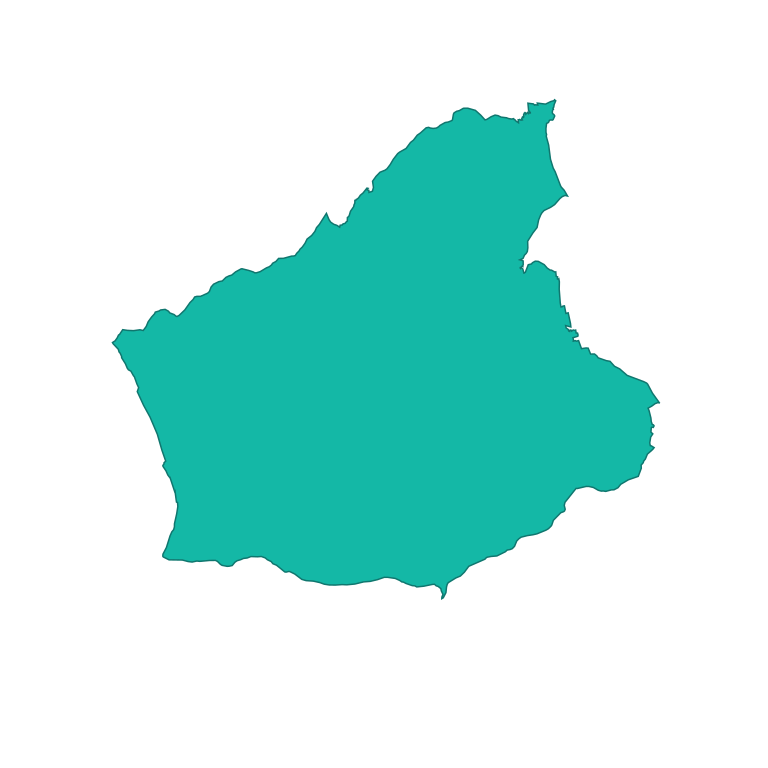 Bustuchin, Gorj, Romania (Robinson projection), rotated 66°
{"feature_id": "2599482B71517510314542", "entity_name": "Bustuchin", "entity_type": "district", "adm_level": 2, "iso_a3": "ROU", "parent_name": "Romania", "parent_adm1": "Gorj", "projection": "robinson", "projection_center": [23.713, 44.971], "detail": "fine", "context": "isolated", "style": "filled", "palette": "teal", "viewbox_px": 768, "rotation_deg": 66, "n_neighbors": 0, "source": "geoboundaries", "source_scale": "gbopen_adm2", "svg_char_len": 6170}
<svg xmlns="http://www.w3.org/2000/svg" viewBox="0 0 768 768"><g transform="rotate(66 384 384)"><path d="M603.6,418.5L603.4,416.8L599.8,412.3L594.8,409.4L592.7,407.7L591.6,406.1L590.4,397.2L590.5,392.3L588.6,387.1L585.0,380.7L585.1,363.0L584.3,361.2L584.2,360.1L585.1,356.3L587.0,350.8L586.6,341.3L585.8,339.0L586.5,336.2L586.6,333.8L585.4,330.8L581.4,326.6L580.3,323.9L579.7,321.1L580.8,314.7L582.3,309.3L583.1,305.2L583.4,295.5L583.1,292.7L581.9,289.4L581.1,288.1L577.4,284.7L573.5,274.9L573.7,271.8L573.4,270.7L572.1,269.4L568.2,268.7L565.7,266.8L557.5,251.0L558.1,249.9L559.8,241.0L561.0,238.4L563.7,234.8L568.2,231.5L570.2,229.1L570.9,227.2L572.3,225.1L573.2,219.4L574.2,216.9L573.9,212.4L571.9,208.5L570.9,199.7L571.8,189.3L565.6,183.2L562.7,182.1L561.4,179.3L559.9,177.9L558.9,175.8L555.2,171.9L553.1,165.2L552.0,163.1L549.3,164.9L548.6,165.8L545.9,165.2L540.9,161.9L538.9,158.7L536.5,159.7L532.7,157.6L532.4,156.9L533.2,155.7L532.1,154.3L530.9,154.5L530.1,155.4L526.9,155.1L523.6,154.0L516.3,152.7L513.5,152.6L513.1,148.3L512.2,144.2L512.4,141.5L512.6,140.6L513.2,140.4L513.1,140.1L501.5,142.5L491.4,143.2L490.0,143.7L487.8,145.5L475.0,158.4L466.1,162.5L461.6,166.2L455.2,168.3L453.1,171.4L447.2,177.7L444.7,178.2L442.2,179.5L440.7,183.1L434.3,182.9L433.3,184.7L432.0,189.2L423.5,188.6L423.1,190.9L422.2,191.5L421.8,193.6L420.9,193.0L418.6,192.6L419.2,187.5L418.2,186.8L416.2,186.5L415.6,187.7L412.7,187.0L412.7,187.8L411.6,189.2L412.0,191.1L410.8,191.2L410.4,192.1L411.5,193.0L410.7,193.7L409.1,193.5L406.9,194.8L404.5,194.3L407.9,190.1L404.5,189.0L393.9,186.8L393.5,189.1L386.0,187.4L385.6,188.8L385.9,190.0L385.6,191.0L381.6,190.0L368.7,185.4L361.9,182.2L359.0,181.5L359.2,182.2L358.5,182.9L356.7,181.8L355.7,182.9L351.4,181.5L351.3,182.3L348.1,184.7L347.5,185.9L344.6,187.7L340.1,189.1L334.7,193.2L333.3,195.9L333.6,199.1L334.3,200.4L333.7,203.7L339.4,209.4L339.7,210.8L339.6,211.1L335.3,210.4L334.0,211.1L333.6,211.6L334.0,212.3L333.3,212.4L333.0,212.1L333.1,211.0L332.5,209.9L333.0,209.4L332.4,209.3L331.8,208.4L328.6,207.0L327.9,206.9L325.8,209.4L325.8,205.9L323.4,203.2L322.6,201.1L321.3,199.2L318.1,197.2L312.0,194.7L306.6,186.6L303.3,180.5L297.0,176.0L293.2,172.0L291.8,170.0L290.6,167.2L290.3,159.6L289.5,155.1L286.1,147.8L285.3,144.8L285.4,141.9L286.9,139.9L280.3,140.6L276.1,142.0L274.4,142.1L259.7,141.3L255.5,141.6L246.4,140.5L232.7,136.4L223.6,135.0L222.2,134.0L220.1,133.7L216.4,132.1L212.1,129.5L212.0,127.4L210.4,125.6L210.6,124.2L211.4,122.9L211.3,122.0L208.6,119.0L207.3,119.1L205.4,120.0L204.4,119.8L202.5,118.7L202.0,117.5L200.8,117.5L200.1,116.3L197.9,114.9L195.1,111.9L193.7,112.6L194.3,113.5L193.8,116.6L194.0,122.6L189.7,129.7L191.7,130.0L190.4,132.4L190.4,133.1L188.9,133.6L186.0,138.3L193.3,140.8L194.0,140.2L194.7,140.5L195.4,139.9L195.9,140.1L195.5,141.1L195.8,141.9L194.3,142.1L195.0,143.8L193.8,144.5L194.6,144.9L193.5,145.1L193.5,145.5L194.7,146.9L197.0,147.8L197.2,148.4L196.4,148.9L197.7,150.3L199.0,150.2L198.7,151.6L197.5,152.4L197.5,153.4L197.2,153.9L200.0,154.9L197.7,156.4L195.9,156.9L195.5,157.5L194.3,157.6L193.9,159.6L192.1,162.3L190.6,163.8L187.8,168.5L185.2,170.7L183.5,173.2L183.4,177.5L184.1,182.4L183.8,184.3L177.7,186.3L171.2,189.2L166.1,195.3L164.9,198.0L164.4,199.4L164.9,204.0L164.4,206.7L164.8,209.7L165.7,210.8L170.2,213.8L170.9,214.6L170.9,215.8L170.8,218.8L170.0,221.8L170.5,227.6L171.2,229.5L171.5,232.1L170.5,235.2L168.9,237.7L167.7,238.8L167.1,241.3L169.5,248.7L170.2,252.4L173.2,257.9L174.1,261.5L177.8,268.0L178.5,275.4L179.1,277.8L182.5,284.1L186.0,289.0L188.6,293.7L189.1,296.1L188.9,301.5L191.1,306.9L194.1,312.0L200.2,313.7L203.2,316.2L202.9,319.8L200.9,319.1L199.9,320.3L199.1,319.8L198.8,319.0L198.1,319.9L201.0,325.5L201.9,328.8L203.6,331.5L204.1,333.2L204.1,334.3L204.6,334.8L204.4,335.9L206.9,337.1L208.2,338.6L209.6,339.5L212.6,344.4L216.0,347.3L216.7,348.4L217.0,349.7L220.3,351.3L220.4,352.3L221.4,354.1L221.1,356.4L221.7,357.7L221.1,359.5L222.7,360.7L219.9,362.5L217.7,364.9L214.4,366.9L211.4,367.4L204.7,367.2L211.9,378.1L213.7,382.0L216.5,385.1L218.9,389.7L220.3,395.3L223.3,398.9L225.7,403.0L226.7,405.9L227.9,407.5L229.1,410.6L230.6,412.8L230.3,414.7L229.6,416.3L228.3,424.7L226.4,429.2L228.1,432.9L228.4,436.7L229.5,438.3L230.2,441.1L230.1,444.2L231.0,451.5L230.5,455.4L229.9,456.8L228.4,457.9L225.3,461.3L221.0,466.8L220.7,467.7L221.2,474.0L222.6,478.9L222.2,481.4L222.3,485.0L224.1,489.8L223.3,493.2L223.5,499.1L225.1,502.5L228.5,505.9L229.3,508.2L229.3,515.9L227.8,519.4L227.5,521.6L229.2,524.1L230.7,528.1L235.3,535.8L238.0,543.3L238.1,545.7L237.3,546.5L235.2,547.5L231.9,550.8L229.8,551.3L226.8,553.6L225.5,558.0L225.8,559.7L225.3,563.7L226.5,565.0L228.3,569.1L231.2,574.1L234.7,577.8L237.2,582.2L235.2,584.9L233.4,591.1L230.7,596.5L228.1,600.6L231.2,605.5L231.3,606.6L233.3,608.9L235.2,612.1L235.7,615.2L237.3,615.0L244.2,612.6L247.0,613.0L248.6,612.5L252.2,612.5L253.3,613.0L260.3,612.0L265.2,612.1L267.1,611.7L269.3,610.0L274.7,609.5L275.7,609.1L283.6,609.7L287.5,609.6L290.6,612.5L305.7,612.3L319.1,611.2L337.7,611.5L354.1,613.8L365.7,614.8L366.4,616.9L367.7,617.7L368.4,619.1L369.4,619.4L374.7,618.5L379.2,618.5L382.3,617.8L382.3,617.5L397.2,619.0L396.9,618.5L406.7,621.4L407.5,621.6L408.2,620.8L412.1,622.2L418.3,626.2L426.5,632.3L429.3,633.6L431.5,635.4L432.8,638.0L435.7,641.2L444.9,649.3L449.5,655.1L451.3,656.1L452.2,656.0L457.2,651.9L462.8,639.8L466.5,635.2L468.6,631.7L469.6,627.0L471.1,624.4L474.2,615.3L476.6,609.7L478.3,608.3L482.2,606.8L483.8,605.7L486.8,601.4L487.5,599.5L488.1,596.5L486.2,592.7L485.7,590.2L486.2,586.3L486.2,583.3L487.3,579.7L487.5,575.8L490.4,569.8L491.7,566.2L494.6,563.2L497.1,562.0L500.3,559.3L503.0,558.6L505.8,555.9L515.3,551.1L516.0,550.0L516.5,547.3L517.1,546.3L521.3,542.8L529.0,538.6L531.9,535.2L535.3,528.8L539.3,523.4L542.5,520.1L545.3,515.8L547.9,510.2L550.2,503.9L552.3,499.7L554.9,491.9L556.5,483.1L558.7,476.9L560.1,469.4L560.7,462.4L562.1,459.3L566.2,452.8L569.9,449.5L572.1,448.2L572.9,446.8L575.1,445.1L579.7,440.2L580.9,438.0L582.7,436.6L584.9,429.9L586.8,421.2L587.5,419.3L589.6,418.4L590.9,416.9L594.0,415.3L596.4,415.8L600.2,415.7L602.1,417.7L603.6,418.5Z" fill="#14b8a6" stroke="#0f766e" stroke-width="1.5"/></g></svg>